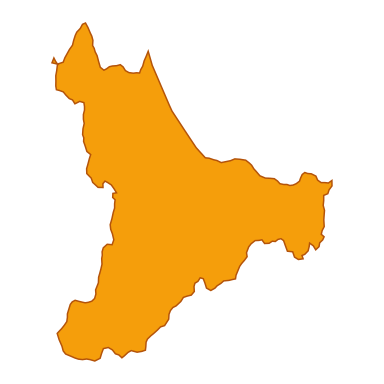 Dário Meira, Bahia, Brazil (Robinson projection)
{"feature_id": "56859067B24603419273590", "entity_name": "Dário Meira", "entity_type": "district", "adm_level": 2, "iso_a3": "BRA", "parent_name": "Brazil", "parent_adm1": "Bahia", "projection": "robinson", "projection_center": [-39.99, -14.392], "detail": "fine", "context": "isolated", "style": "filled", "palette": "amber", "viewbox_px": 384, "rotation_deg": 0, "n_neighbors": 0, "source": "geoboundaries", "source_scale": "gbopen_adm2", "svg_char_len": 3307}
<svg xmlns="http://www.w3.org/2000/svg" viewBox="0 0 384 384"><path d="M59.1,339.6L62.0,346.3L63.2,350.9L65.6,354.0L68.4,355.2L72.0,356.7L74.7,357.9L78.3,359.1L82.5,359.6L86.6,359.0L90.0,359.6L94.8,361.0L100.1,358.3L101.7,353.1L103.4,348.6L108.3,347.5L112.4,349.9L115.4,353.8L118.8,354.9L121.9,357.8L124.4,355.8L128.0,352.4L131.2,350.6L137.1,352.2L141.8,351.4L145.4,350.2L145.8,346.8L146.1,342.1L147.5,339.0L150.8,335.8L153.4,333.7L157.4,330.1L160.5,326.9L164.6,325.6L168.7,319.2L169.0,314.3L170.4,310.6L172.9,307.5L176.1,305.9L180.8,301.5L183.4,297.4L187.2,296.1L191.3,295.1L194.3,291.5L194.0,286.6L194.9,283.2L197.9,281.4L200.2,277.8L203.3,278.7L205.0,283.3L206.5,288.1L210.8,290.5L214.9,288.2L217.2,285.7L221.0,283.3L223.7,280.9L228.9,280.4L232.5,279.5L235.5,278.9L236.0,275.3L238.0,270.4L239.7,266.3L241.5,263.7L244.6,260.1L247.1,256.7L246.5,252.7L248.7,246.9L251.1,243.8L255.1,240.6L259.1,240.4L261.9,239.8L264.6,243.5L269.1,243.3L272.3,241.2L275.3,241.5L278.0,239.4L281.0,238.7L283.6,240.6L285.5,246.0L287.4,251.2L292.7,251.8L294.5,257.1L298.4,259.5L303.1,258.8L302.0,255.5L304.8,254.3L308.1,250.9L309.2,246.4L309.6,243.1L313.3,245.8L315.7,249.8L319.0,246.7L319.7,242.8L322.7,239.9L324.1,236.8L321.3,234.3L322.1,230.7L324.2,226.6L323.8,219.8L324.1,215.5L324.5,210.4L323.2,205.4L323.7,200.7L323.7,195.4L327.8,193.7L329.1,189.8L332.0,185.9L331.9,180.5L328.4,183.0L324.8,182.6L321.1,182.6L317.6,180.1L315.9,176.1L311.3,173.8L307.6,173.5L304.8,172.5L302.2,174.5L300.6,178.0L299.5,181.2L296.2,183.7L293.0,185.1L289.8,185.5L287.0,184.5L283.8,184.5L279.9,183.7L277.5,181.0L274.3,178.7L270.1,178.3L265.4,178.1L259.9,175.8L256.4,171.7L253.8,168.8L251.6,165.2L249.4,163.1L245.7,160.2L240.1,159.3L234.8,158.9L230.5,160.7L226.1,161.6L221.2,162.6L216.9,160.5L213.8,159.8L209.1,158.2L205.3,157.8L199.4,151.3L196.1,147.6L184.8,130.6L172.0,111.1L169.3,105.2L152.2,65.3L148.2,51.3L146.1,56.5L144.2,60.8L142.7,66.2L140.8,69.5L139.6,73.0L136.4,72.8L133.3,73.2L128.9,72.6L125.4,70.6L123.1,66.9L120.3,64.7L116.6,65.7L112.4,66.0L109.4,66.7L106.6,68.8L103.9,70.2L100.3,67.3L98.6,61.5L97.1,55.7L95.1,51.7L94.2,48.4L92.6,45.5L92.9,40.3L91.8,36.2L90.1,32.6L88.0,27.6L85.5,23.0L82.5,24.3L80.3,28.4L76.8,32.1L75.3,35.3L73.7,40.3L72.5,45.2L69.5,49.4L66.9,54.1L64.9,57.7L63.2,62.2L57.5,64.1L56.7,70.7L55.8,75.7L55.9,81.1L55.8,86.0L56.4,89.7L59.5,90.5L63.3,91.9L65.9,95.1L69.3,98.6L72.5,99.9L74.9,103.8L79.7,101.4L83.9,102.6L84.5,106.6L84.5,110.1L83.4,114.5L83.4,119.2L84.2,123.5L83.0,128.7L82.6,134.6L83.8,137.9L83.6,141.5L85.2,146.1L86.9,151.5L90.7,154.6L89.5,158.2L87.7,165.0L86.6,168.7L86.8,173.6L91.2,178.1L92.7,182.4L95.1,184.6L98.1,187.4L103.0,187.5L102.9,183.7L105.0,181.1L107.8,182.6L111.3,184.9L114.0,188.7L116.5,192.8L112.9,193.4L112.7,197.5L115.1,199.8L114.6,203.8L114.6,208.1L113.3,212.3L111.9,218.8L110.2,224.7L110.7,229.3L112.4,233.8L113.8,239.8L112.1,244.7L107.2,244.3L103.3,247.8L102.1,251.8L102.3,255.2L101.7,258.6L102.0,264.2L100.9,269.0L99.9,272.8L98.6,277.3L98.4,282.8L97.0,286.4L95.6,289.9L95.9,294.0L94.6,298.5L91.8,301.2L88.4,302.3L85.2,302.8L82.4,302.2L78.7,301.3L75.1,300.3L72.2,301.9L70.3,304.4L68.7,309.6L67.4,313.9L67.4,317.3L66.8,321.6L64.3,325.3L61.6,328.7L59.4,331.0L57.2,333.4L59.1,339.6ZM57.5,64.1L55.5,61.2L53.9,58.0L52.0,62.8L57.5,64.1Z" fill="#f59e0b" stroke="#b45309" stroke-width="1.5"/></svg>